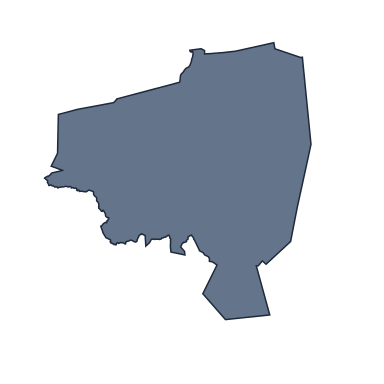 outline of Santiago Laollaga, Oaxaca, Mexico, rotated 256°
{"feature_id": "50627088B88558586177583", "entity_name": "Santiago Laollaga", "entity_type": "district", "adm_level": 2, "iso_a3": "MEX", "parent_name": "Mexico", "parent_adm1": "Oaxaca", "projection": "mercator", "projection_center": [-95.271, 16.634], "detail": "fine", "context": "isolated", "style": "filled", "palette": "slate", "viewbox_px": 384, "rotation_deg": 256, "n_neighbors": 0, "source": "geoboundaries", "source_scale": "gbopen_adm2", "svg_char_len": 4101}
<svg xmlns="http://www.w3.org/2000/svg" viewBox="0 0 384 384"><g transform="rotate(256 192 192)"><path d="M251.1,61.6L244.4,71.5L244.2,70.3L244.4,60.8L244.0,59.7L243.3,59.2L242.8,58.3L242.5,57.4L242.0,56.5L242.3,55.7L241.9,54.6L241.7,53.8L241.6,53.0L241.1,52.3L239.8,53.3L238.8,53.9L238.0,54.6L236.8,54.4L236.3,54.0L235.6,54.3L234.3,54.6L233.7,54.8L233.0,54.7L232.8,55.5L233.0,56.8L232.6,57.3L231.8,57.7L231.7,58.4L231.2,59.2L230.5,59.7L230.0,60.0L230.0,60.6L229.7,61.4L229.7,62.1L229.0,62.6L228.4,62.8L228.6,64.0L228.7,65.1L228.4,65.8L228.3,67.4L228.0,69.0L228.1,70.2L228.0,71.1L227.6,72.2L226.9,72.7L226.7,73.8L227.0,75.0L226.3,75.8L225.1,75.9L225.0,77.8L224.0,78.6L224.1,79.7L223.6,80.6L222.7,80.9L221.7,80.5L221.0,81.1L221.3,82.0L221.3,82.6L220.4,82.7L219.8,82.9L219.7,83.7L219.6,84.7L218.1,88.2L217.8,89.4L218.1,90.5L218.5,91.3L218.8,92.6L217.8,93.9L216.5,96.1L215.7,96.4L214.6,96.2L213.7,95.9L212.5,96.2L211.5,96.7L210.2,97.7L209.0,98.0L207.7,97.6L206.8,97.4L206.0,97.5L205.1,98.2L203.7,98.6L201.9,98.5L200.1,97.8L198.8,97.6L197.6,98.4L196.5,99.1L195.4,99.3L195.0,100.0L195.0,100.5L195.6,100.9L195.6,101.6L194.7,101.9L193.7,102.2L192.7,102.4L191.6,102.7L190.5,102.4L189.1,102.5L188.0,103.4L186.8,105.1L186.1,104.4L184.7,103.2L184.7,102.6L183.9,102.3L182.9,101.6L183.5,100.8L183.0,99.1L182.7,98.3L182.0,97.4L181.1,96.4L180.9,95.2L174.7,95.8L174.0,95.7L168.4,97.5L165.4,101.3L164.7,101.1L164.2,101.3L163.6,100.6L163.2,100.6L162.9,100.9L162.3,100.9L161.9,101.4L161.8,101.9L161.0,102.3L160.9,103.2L160.7,103.5L159.8,103.7L159.9,104.1L159.7,104.6L159.5,105.0L159.2,105.1L159.1,105.5L159.8,106.1L160.3,106.2L160.9,107.3L160.5,107.8L159.9,108.2L159.9,108.8L160.2,109.6L160.3,110.2L159.9,110.6L159.9,111.7L159.6,112.0L159.6,112.5L159.2,113.3L158.8,113.5L158.2,114.2L157.7,114.5L157.7,114.9L158.4,115.4L159.3,115.6L159.6,115.8L159.8,116.6L159.7,117.5L159.8,118.4L159.8,119.5L160.1,120.2L160.2,120.7L159.8,121.5L159.4,122.2L158.6,123.0L158.3,123.4L157.4,124.4L157.1,125.2L157.2,126.1L157.7,126.8L158.8,127.2L159.5,127.8L160.4,128.3L161.3,129.3L161.8,129.7L162.5,130.0L162.9,130.8L163.1,131.5L163.1,132.3L163.7,132.8L161.1,136.0L150.7,134.1L153.1,138.6L155.8,141.0L155.7,143.3L155.1,143.9L154.9,145.9L154.7,146.6L154.5,147.4L154.4,147.8L153.9,148.7L153.8,149.8L153.9,150.8L154.6,151.5L154.4,152.6L154.7,153.2L154.8,153.9L154.7,154.4L154.6,154.9L154.6,155.4L154.7,155.9L155.1,156.4L155.3,157.3L155.6,157.7L155.7,158.1L155.7,158.6L155.6,159.3L155.2,159.3L154.6,159.3L154.1,159.3L153.8,159.5L153.0,159.6L152.4,159.4L151.9,159.7L151.2,160.0L150.5,159.6L149.6,159.2L148.9,159.1L147.8,159.0L147.3,158.6L146.8,158.5L145.7,158.3L145.0,157.9L143.9,157.8L141.7,157.4L140.8,157.4L139.9,157.1L138.8,157.1L132.6,169.9L136.2,170.4L141.4,167.7L142.6,168.7L143.5,169.4L144.0,169.7L144.4,170.0L144.6,170.6L144.7,171.2L145.3,171.8L144.8,172.7L145.1,173.5L145.1,174.6L146.2,174.8L146.8,175.7L147.1,176.6L148.5,177.1L149.4,177.3L149.7,178.4L150.0,179.1L150.1,180.3L150.3,181.1L149.7,181.3L148.4,181.7L147.2,182.4L145.7,182.3L144.6,182.8L134.1,185.0L133.2,185.0L131.6,186.8L131.1,187.4L130.1,188.3L128.5,188.8L127.9,189.1L125.3,192.2L123.3,192.8L120.5,192.1L119.3,194.9L115.1,198.6L104.5,189.6L90.7,177.9L65.3,190.9L60.1,193.6L53.9,237.7L104.8,236.5L104.4,238.4L108.1,243.6L104.0,246.4L120.1,275.7L151.2,290.2L192.6,310.7L209.5,319.0L296.1,331.7L296.1,330.2L310.9,307.1L317.1,307.5L318.1,268.3L319.3,259.6L319.5,257.6L319.8,255.6L320.2,253.1L320.6,250.9L320.6,250.6L321.0,248.7L321.2,247.2L321.3,246.7L321.5,245.2L321.7,244.1L322.2,241.5L322.6,239.6L322.9,237.6L323.7,237.8L326.2,238.4L328.8,235.6L330.1,224.2L329.8,224.1L329.2,224.1L328.4,224.5L327.8,225.5L328.3,226.4L327.8,226.7L326.6,226.7L324.0,225.7L322.6,225.1L320.9,223.8L319.2,223.2L317.5,222.1L316.7,221.5L315.3,220.5L314.8,219.8L314.6,219.6L314.0,218.8L313.9,217.9L313.7,216.9L313.2,215.6L312.2,214.3L310.5,212.5L309.9,211.7L309.4,210.5L308.6,209.6L307.3,208.8L305.9,208.3L303.8,207.6L302.6,207.1L301.5,206.5L300.5,141.4L299.5,140.5L298.0,138.2L297.7,137.1L299.9,101.3L299.6,81.1L262.1,70.9L251.1,61.6Z" fill="#64748b" stroke="#1e293b" stroke-width="1.5"/></g></svg>